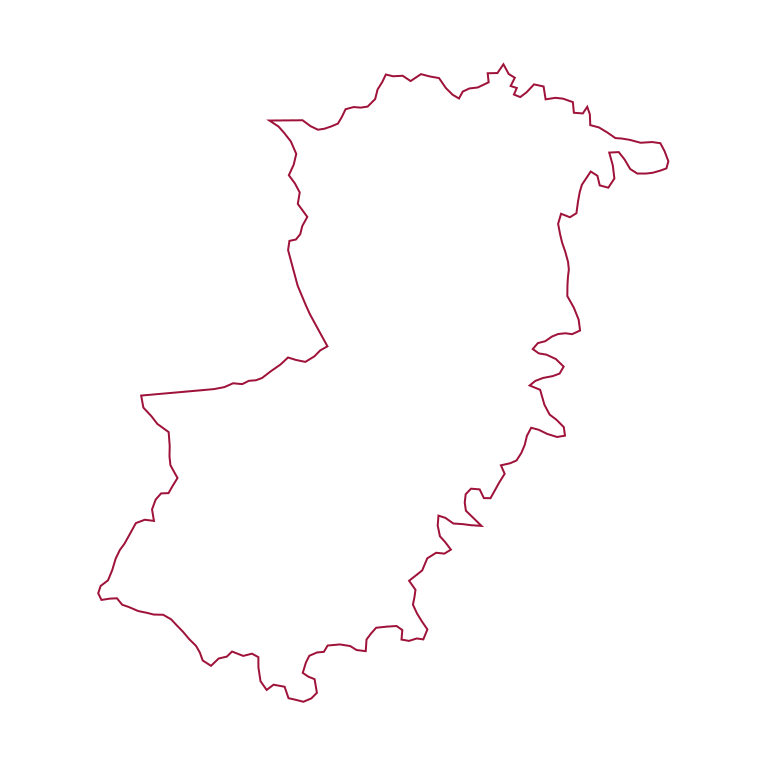 Arroio do Tigre, Rio Grande do Sul, Brazil (Robinson projection), rotated 174°
{"feature_id": "56859067B46715985023238", "entity_name": "Arroio do Tigre", "entity_type": "district", "adm_level": 2, "iso_a3": "BRA", "parent_name": "Brazil", "parent_adm1": "Rio Grande do Sul", "projection": "robinson", "projection_center": [-53.063, -29.255], "detail": "fine", "context": "isolated", "style": "outline", "palette": "rose", "viewbox_px": 768, "rotation_deg": 174, "n_neighbors": 0, "source": "geoboundaries", "source_scale": "gbopen_adm2", "svg_char_len": 3425}
<svg xmlns="http://www.w3.org/2000/svg" viewBox="0 0 768 768"><g transform="rotate(174 384 384)"><path d="M511.8,81.5L505.2,79.3L497.4,76.4L489.2,78.9L483.0,83.9L483.9,97.7L489.9,100.9L495.0,105.2L490.7,115.3L486.7,121.5L478.7,124.0L471.8,123.9L467.4,129.8L455.0,129.6L445.0,126.9L439.1,122.3L430.1,120.2L428.1,131.7L423.1,137.1L417.3,142.4L406.4,142.4L396.8,142.0L391.5,137.4L393.3,128.0L386.0,125.9L378.0,127.5L371.6,125.9L366.5,135.4L370.9,143.5L375.1,152.2L378.3,161.5L376.0,168.8L374.2,176.0L379.6,185.7L365.5,194.6L359.2,206.1L349.8,210.7L341.6,209.0L334.8,212.3L339.7,220.4L344.3,226.7L345.4,237.6L343.6,247.4L337.0,244.5L329.6,238.0L320.3,236.4L312.3,234.5L301.9,232.7L310.1,242.6L315.8,249.4L316.1,257.6L314.3,265.8L308.4,270.8L299.9,269.2L296.6,260.1L290.0,259.3L285.1,266.3L279.7,274.0L273.4,282.1L276.2,290.9L266.8,292.0L260.2,294.1L254.6,301.1L250.4,308.7L247.3,317.5L242.2,325.1L234.9,322.3L226.9,317.3L217.4,313.2L209.4,313.7L209.7,322.3L216.3,330.5L222.5,336.3L226.7,346.8L229.3,361.9L239.3,367.3L233.1,371.3L225.1,373.4L215.4,374.2L208.3,376.0L203.5,382.5L210.5,390.9L219.4,396.2L226.9,398.3L232.4,403.2L226.7,408.6L219.2,409.7L212.1,413.6L205.6,415.5L198.3,415.5L191.7,413.9L183.4,416.7L183.7,427.7L187.2,440.0L192.5,452.3L191.3,462.5L189.9,471.1L188.2,478.6L188.2,486.2L189.9,496.6L192.1,506.0L193.2,514.4L194.1,525.1L190.1,534.8L181.7,530.4L174.8,533.7L171.9,545.5L169.2,554.6L166.4,561.4L156.2,573.7L150.0,568.8L148.7,559.0L140.4,555.8L133.4,564.3L133.6,577.4L135.8,590.6L126.3,590.1L121.2,582.0L116.7,572.1L110.1,566.8L101.0,565.9L94.5,566.0L87.1,567.3L80.6,568.9L77.9,575.8L80.6,586.1L84.0,594.6L92.0,596.6L103.6,597.1L114.0,601.1L121.6,603.2L128.2,604.4L135.5,610.7L143.4,616.7L151.8,619.9L151.1,630.6L152.9,638.4L158.0,632.3L166.8,633.9L166.7,644.6L176.2,649.1L183.7,650.7L193.5,650.2L194.2,663.2L203.5,666.3L211.6,659.3L218.5,655.1L224.5,658.3L221.0,664.5L226.9,667.1L221.9,674.9L227.6,679.3L231.8,689.5L238.7,681.4L248.4,682.2L248.4,673.1L259.8,669.1L268.2,669.0L275.1,666.6L279.6,660.1L285.5,664.5L291.5,671.8L297.3,682.5L306.4,685.1L314.8,688.3L325.9,682.5L333.2,688.6L342.8,689.1L349.8,691.6L354.3,684.3L359.6,677.6L363.0,668.3L371.3,661.6L378.3,661.3L385.2,662.6L393.5,661.3L398.0,654.0L402.6,647.8L409.5,645.7L416.6,644.1L423.1,643.8L430.1,648.1L437.4,654.8L470.4,658.0L462.0,651.1L457.2,644.4L451.3,635.0L447.2,622.0L450.9,611.5L456.8,601.6L451.6,592.7L447.8,583.3L450.9,572.1L442.8,558.2L448.8,549.6L451.6,541.8L456.5,536.9L463.1,536.2L465.4,527.2L459.6,490.8L453.7,471.1L450.5,461.4L440.8,438.1L436.3,427.4L443.9,424.1L450.3,418.8L459.9,414.2L469.0,417.1L476.7,420.4L484.9,414.2L495.1,408.6L504.7,402.7L511.1,401.1L518.0,401.3L525.0,398.7L534.0,400.5L543.0,397.6L553.5,396.7L626.7,397.9L625.8,385.7L618.7,376.3L613.6,368.0L603.2,358.7L603.6,344.7L604.9,334.5L604.9,325.6L602.1,318.9L599.2,312.1L605.2,304.3L609.7,298.0L617.1,298.5L623.2,292.9L627.8,283.5L627.1,271.9L636.1,274.0L645.3,271.6L652.2,261.7L658.8,252.3L664.0,246.6L669.1,238.4L673.7,227.4L679.0,217.6L686.9,212.8L690.1,205.8L687.6,198.8L679.0,199.2L672.0,198.8L667.4,191.8L661.3,189.0L652.2,183.9L643.4,181.1L637.2,178.8L627.8,177.6L620.3,172.2L615.3,165.6L609.8,158.6L604.3,150.5L598.3,143.2L595.2,136.1L593.2,128.0L585.5,121.8L577.1,128.3L568.8,129.3L563.1,133.8L552.4,128.3L543.5,129.6L537.5,125.5L538.5,115.3L537.9,101.4L532.7,92.0L525.3,96.5L514.5,93.3L511.8,81.5Z" fill="none" stroke="#9f1239" stroke-width="2"/></g></svg>